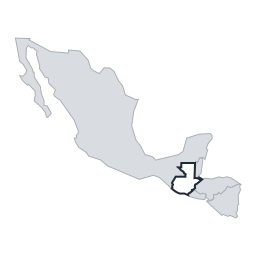 Guatemala and the surrounding countries
{"feature_id": "GTM", "entity_name": "Guatemala", "entity_type": "country or territory", "adm_level": 0, "iso_a3": "GTM", "parent_name": "North America", "parent_adm1": "", "projection": "orthographic", "projection_center": [-90.227, 15.776], "detail": "fine", "context": "with_neighbors", "style": "outline", "palette": "slate", "viewbox_px": 256, "rotation_deg": 0, "n_neighbors": 5, "source": "natural_earth", "source_scale": "50m", "svg_char_len": 3849}
<svg xmlns="http://www.w3.org/2000/svg" viewBox="0 0 256 256"><path d="M15.4,38.1L30.0,38.6L29.1,40.0L50.5,51.5L68.2,53.1L68.7,50.0L79.8,51.0L88.1,60.0L90.8,68.4L94.0,71.0L99.3,73.6L104.1,67.8L109.6,68.0L114.0,71.3L118.9,81.3L122.6,85.8L125.4,95.0L135.6,99.5L138.3,99.3L133.7,111.6L131.7,125.8L136.0,140.1L140.6,146.0L144.9,154.5L152.7,156.8L155.7,160.1L178.3,154.7L183.0,151.5L186.7,138.1L199.4,134.1L210.2,133.6L212.0,135.3L211.9,139.0L208.0,143.7L206.3,148.5L207.7,149.9L204.9,159.4L203.0,157.4L200.0,157.7L197.4,162.5L196.0,161.5L195.2,163.1L181.3,163.0L181.2,167.4L177.8,167.4L185.5,174.1L185.3,176.7L175.6,176.7L171.9,183.1L172.9,184.6L171.8,188.7L159.5,177.5L153.4,175.3L139.3,179.3L107.9,166.1L100.3,159.8L88.9,156.2L86.2,152.4L78.8,147.4L75.6,142.2L74.3,138.3L76.7,137.7L76.2,135.4L78.0,133.5L78.3,130.9L74.0,119.9L60.0,100.0L54.7,96.4L53.7,94.4L55.4,89.7L49.0,83.5L48.2,78.0L44.9,77.0L39.5,68.6L39.7,66.2L36.4,54.1L37.1,51.3L33.2,47.8L31.1,47.9L28.1,45.4L26.4,48.3L26.0,57.7L32.6,69.4L32.9,72.1L34.1,72.1L34.4,77.2L40.3,86.5L41.4,93.8L44.1,101.2L43.9,105.3L47.1,105.9L51.3,113.4L47.7,117.3L46.5,117.1L45.3,112.3L41.6,107.4L34.2,100.9L35.3,95.3L35.0,91.0L28.5,84.3L27.5,85.2L22.6,80.7L19.7,75.8L22.8,76.1L25.8,73.5L26.7,70.1L23.0,64.2L19.8,61.6L15.4,38.1Z" fill="#d9dde1" stroke="#a8b0b8" stroke-width="1"/><path d="M237.6,216.2L235.8,217.9L229.8,215.3L228.1,216.4L223.0,214.4L221.8,215.4L206.6,201.4L207.5,200.2L208.7,201.4L211.7,200.4L213.7,198.6L213.5,194.7L216.9,194.5L218.5,192.4L220.8,193.9L225.5,189.7L227.3,186.3L230.9,187.5L238.1,184.2L240.6,184.3L239.7,186.8L240.5,189.7L238.2,195.6L238.7,204.6L237.6,205.4L237.5,210.8L236.0,212.9L237.6,216.2Z" fill="#d9dde1" stroke="#a8b0b8" stroke-width="1"/><path d="M240.6,184.3L238.1,184.2L230.9,187.5L227.3,186.3L225.5,189.7L220.8,193.9L218.5,192.4L216.9,194.5L213.5,194.7L213.7,198.6L209.3,200.8L208.0,198.4L205.6,197.7L206.1,194.6L205.1,193.7L200.2,194.1L193.7,189.6L195.3,187.6L195.2,184.6L204.6,178.2L212.2,179.0L218.9,176.9L223.2,177.8L226.6,176.8L231.3,178.0L240.6,184.3Z" fill="#d9dde1" stroke="#a8b0b8" stroke-width="1"/><path d="M193.7,189.6L200.2,194.1L203.5,193.2L206.1,194.6L204.8,199.6L197.6,198.8L190.2,196.7L188.1,195.1L192.3,191.1L191.9,190.1L193.7,189.6Z" fill="#d9dde1" stroke="#a8b0b8" stroke-width="1"/><path d="M194.6,178.1L196.0,161.5L197.4,162.5L200.0,157.7L202.9,158.8L201.1,173.0L196.8,178.1L194.6,178.1Z" fill="#d9dde1" stroke="#a8b0b8" stroke-width="1"/><path d="M171.8,188.6L172.0,188.4L172.2,188.0L172.4,187.5L172.2,186.9L172.2,186.5L172.4,185.8L172.4,185.4L172.5,185.1L172.9,184.9L173.0,184.5L172.1,183.2L172.1,182.9L172.2,182.5L173.0,181.2L174.0,179.6L175.0,177.8L175.7,176.7L177.9,176.7L179.5,176.7L181.4,176.7L183.5,176.7L184.8,176.7L185.4,176.7L185.3,176.0L185.4,175.2L185.6,174.5L185.6,174.2L185.2,173.8L184.4,173.6L184.0,173.3L184.0,172.8L183.8,172.3L183.4,171.7L182.6,171.1L181.4,170.5L180.4,169.6L179.6,168.5L178.9,167.8L178.3,167.5L178.2,167.4L179.8,167.4L181.3,167.4L181.3,165.9L181.3,164.5L181.4,163.0L184.1,163.0L187.4,163.0L190.8,163.0L193.4,163.0L195.0,163.0L195.0,164.9L194.9,167.1L194.8,168.7L194.8,170.9L194.7,173.1L194.6,176.1L194.5,178.1L195.5,178.0L196.8,178.1L197.1,178.1L197.5,178.3L197.8,178.3L198.5,178.8L199.3,179.1L199.8,178.4L199.6,178.0L199.4,177.8L199.4,177.6L202.2,179.3L201.8,179.6L201.1,180.2L199.9,181.3L198.7,182.3L197.6,183.1L196.7,183.9L196.5,184.0L195.3,184.5L195.1,184.8L194.8,185.9L194.7,186.2L194.9,186.8L195.1,187.7L195.1,188.2L194.2,188.8L193.8,189.4L193.6,189.7L193.2,189.6L192.6,189.7L192.3,189.8L192.0,189.9L192.0,190.3L192.2,190.8L192.2,191.1L191.3,191.5L191.0,191.9L190.7,192.4L190.4,192.6L190.0,192.6L189.8,192.6L189.2,193.0L188.4,193.7L188.0,194.3L188.0,194.7L188.1,195.1L185.1,193.8L184.2,193.5L180.0,193.6L178.3,193.0L176.3,192.0L174.9,191.1L171.8,188.6Z" fill="none" stroke="#1e293b" stroke-width="2"/></svg>